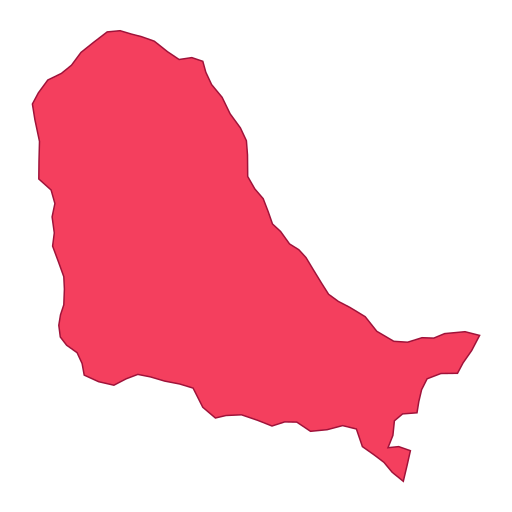 São Sebastião do Anta, Minas Gerais, Brazil (Mercator projection)
{"feature_id": "56859067B14262855258372", "entity_name": "São Sebastião do Anta", "entity_type": "district", "adm_level": 2, "iso_a3": "BRA", "parent_name": "Brazil", "parent_adm1": "Minas Gerais", "projection": "mercator", "projection_center": [-41.947, -19.506], "detail": "fine", "context": "isolated", "style": "filled", "palette": "rose", "viewbox_px": 512, "rotation_deg": 0, "n_neighbors": 0, "source": "geoboundaries", "source_scale": "gbopen_adm2", "svg_char_len": 1370}
<svg xmlns="http://www.w3.org/2000/svg" viewBox="0 0 512 512"><path d="M403.3,481.3L407.1,465.3L410.4,450.7L398.7,446.6L388.0,447.7L392.9,435.4L394.4,420.8L402.6,413.9L417.0,412.8L418.8,401.6L421.6,389.7L427.1,378.8L440.9,373.5L457.5,373.3L463.1,362.8L471.7,350.5L479.6,335.4L465.0,331.7L444.6,333.6L433.8,338.1L422.0,337.7L407.6,342.2L393.8,341.3L376.8,331.3L365.2,316.7L349.7,307.3L338.3,301.4L328.6,294.3L321.5,283.1L313.3,269.7L306.0,257.6L298.9,249.8L289.5,243.9L280.6,231.5L272.5,224.0L268.2,211.7L263.2,198.7L254.8,188.9L247.7,176.5L247.5,154.9L246.4,140.7L240.4,127.9L230.1,113.8L222.1,97.3L211.6,84.6L205.8,72.2L202.8,61.3L191.8,57.6L179.1,59.5L167.5,51.7L154.3,41.2L141.6,36.7L131.5,34.1L120.1,30.7L107.2,31.9L93.5,42.4L81.0,52.4L71.5,65.2L61.4,73.4L47.8,80.0L38.4,92.8L32.4,104.0L34.9,119.7L39.5,141.4L39.0,160.8L38.8,179.0L51.1,190.0L54.9,203.5L52.1,216.9L54.3,232.9L52.6,246.1L58.8,262.8L63.8,276.7L64.4,289.1L63.8,304.8L60.5,314.8L58.8,325.3L60.3,337.0L66.6,345.2L77.1,352.7L82.1,363.5L84.2,375.1L98.6,381.7L113.9,385.2L126.2,378.8L137.8,374.4L150.5,376.9L164.7,381.1L179.7,384.0L193.1,388.1L202.8,407.3L215.4,418.0L226.0,415.5L241.5,414.8L257.6,420.3L272.0,426.0L284.7,421.9L296.8,422.1L310.5,431.3L327.1,429.7L342.6,425.6L356.4,429.0L362.4,446.6L374.0,454.8L383.9,462.3L392.3,472.4L403.3,481.3Z" fill="#f43f5e" stroke="#9f1239" stroke-width="1.5"/></svg>